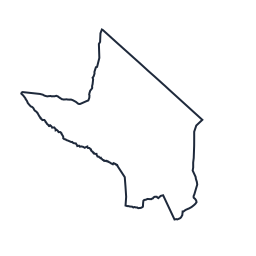 San Miguel Mixtepec, Oaxaca, Mexico (Robinson projection), rotated 224°
{"feature_id": "50627088B95758016663451", "entity_name": "San Miguel Mixtepec", "entity_type": "district", "adm_level": 2, "iso_a3": "MEX", "parent_name": "Mexico", "parent_adm1": "Oaxaca", "projection": "robinson", "projection_center": [-96.942, 16.759], "detail": "fine", "context": "isolated", "style": "outline", "palette": "slate", "viewbox_px": 256, "rotation_deg": 224, "n_neighbors": 0, "source": "geoboundaries", "source_scale": "gbopen_adm2", "svg_char_len": 3733}
<svg xmlns="http://www.w3.org/2000/svg" viewBox="0 0 256 256"><g transform="rotate(224 128 128)"><path d="M215.2,180.7L213.6,177.0L209.1,171.9L207.9,170.6L207.3,168.2L197.3,158.5L192.7,150.5L193.3,149.4L191.1,145.0L189.9,143.9L189.2,142.5L188.6,141.3L188.4,140.0L188.4,139.6L186.9,138.8L183.9,134.9L183.2,133.6L182.3,132.5L181.9,132.3L181.4,131.6L181.1,128.6L180.0,126.4L179.1,125.0L178.4,124.7L177.0,123.1L176.4,122.0L175.7,120.2L176.6,118.3L178.7,113.1L179.3,111.8L180.5,110.9L183.7,110.6L187.2,109.6L188.9,108.8L189.4,108.0L190.1,107.6L190.8,106.8L192.1,106.0L192.4,105.6L193.4,104.5L193.6,104.3L194.0,103.8L194.9,103.3L195.5,102.8L196.8,102.6L197.7,102.3L198.1,102.4L199.4,102.0L200.1,102.1L201.9,101.4L202.5,100.4L203.1,99.5L204.1,98.7L204.6,98.0L205.0,97.7L205.9,97.3L206.1,97.0L207.2,95.8L207.8,94.9L208.8,94.2L210.7,93.2L212.1,92.9L212.8,92.6L213.8,92.0L214.9,91.4L228.8,80.6L228.9,80.2L229.1,79.7L228.6,78.6L227.3,78.6L225.9,78.6L223.2,78.2L222.1,78.0L221.6,77.6L220.7,77.5L219.7,77.3L219.3,77.2L218.4,76.8L217.6,76.4L215.9,76.2L213.6,76.0L212.5,76.1L211.8,76.5L210.7,76.6L209.6,76.5L208.1,75.9L206.6,75.8L205.8,76.0L204.8,76.1L204.4,75.9L204.0,75.9L203.6,76.0L203.1,75.8L200.2,74.9L199.8,74.9L199.5,74.7L198.1,74.7L198.0,74.3L197.7,74.2L196.8,74.2L195.8,74.4L195.1,74.2L194.0,75.5L193.7,75.7L191.4,75.3L191.2,75.0L190.0,75.0L189.2,74.7L187.1,74.8L186.3,74.5L186.0,74.6L185.8,75.0L186.1,75.7L186.0,75.9L184.8,76.0L183.1,75.8L182.8,75.6L181.4,77.2L179.5,76.9L178.5,76.1L178.2,77.1L176.4,77.2L175.7,76.9L174.9,76.9L174.1,77.9L173.5,78.1L172.2,78.0L172.1,77.7L168.8,76.9L167.7,76.0L167.4,75.6L166.1,75.7L165.8,75.9L164.9,76.5L163.9,76.5L162.8,77.1L159.6,78.3L159.0,78.5L158.5,79.2L156.8,79.2L154.7,80.7L154.3,80.5L152.6,80.2L151.9,79.8L151.0,81.2L150.7,81.4L149.7,81.1L148.7,82.4L147.1,83.3L145.4,83.7L144.8,85.5L144.4,86.4L144.0,86.1L143.0,85.8L141.8,86.8L140.4,86.7L140.0,86.9L139.7,86.9L139.4,86.4L138.4,86.1L137.1,86.4L136.4,86.0L135.9,86.4L135.3,86.4L135.0,86.0L134.8,85.9L133.5,86.7L132.7,87.5L132.1,87.0L130.1,86.3L129.1,87.1L128.3,87.0L127.5,87.1L126.9,87.7L126.5,87.3L126.2,87.3L125.5,87.6L124.1,87.5L123.7,87.6L123.3,88.0L122.4,87.7L122.2,87.8L121.8,88.4L121.4,88.5L120.6,89.6L120.2,89.7L119.8,89.5L119.2,90.1L118.8,90.2L118.6,90.0L117.0,90.6L115.6,90.8L115.2,90.9L115.1,91.0L113.7,91.4L113.8,91.9L113.8,92.0L113.9,92.3L114.0,92.4L114.0,92.5L113.9,92.8L113.7,92.8L113.4,92.8L113.2,92.8L113.0,93.0L112.9,93.0L112.7,93.0L112.4,93.2L112.3,93.3L112.2,93.3L112.0,93.5L111.9,93.5L111.8,93.4L111.7,93.4L111.4,93.3L111.2,93.3L110.9,93.4L110.7,93.4L110.5,93.5L110.4,93.5L110.4,93.8L110.2,93.9L109.9,93.8L109.9,93.7L109.7,93.6L109.4,93.5L109.2,93.5L109.1,93.4L108.9,93.3L96.2,90.4L89.1,84.1L81.5,77.2L75.9,70.5L74.1,71.4L73.9,71.6L73.7,71.9L73.3,72.2L72.3,72.7L70.7,74.0L70.1,74.4L69.0,74.5L68.8,74.9L68.5,75.6L67.8,76.0L67.4,76.2L67.1,76.3L66.5,76.9L66.2,77.2L65.0,77.4L64.6,77.8L64.3,78.3L63.3,79.4L62.6,81.3L62.8,81.9L63.1,82.4L63.7,83.0L65.3,84.9L66.4,86.4L66.3,87.6L65.4,88.7L65.0,89.7L64.7,90.5L63.0,91.9L61.8,93.0L61.8,93.5L61.2,94.6L61.4,95.9L60.9,97.3L59.6,98.5L58.6,98.4L57.5,98.6L57.3,101.9L56.0,104.0L31.0,94.5L30.0,96.0L29.1,96.4L28.2,98.4L27.8,99.6L27.8,100.7L28.1,101.7L28.4,103.0L30.7,105.9L30.1,106.4L29.7,109.0L28.8,111.2L28.7,111.5L28.6,111.8L28.4,112.0L27.4,115.2L27.0,118.1L26.9,119.5L26.9,120.5L27.2,122.3L28.6,123.2L30.4,123.6L32.2,123.5L32.9,123.9L33.6,124.8L34.2,126.4L35.1,128.1L38.9,135.4L41.1,137.1L43.9,138.6L45.4,139.8L51.9,142.3L53.7,144.9L57.1,148.4L59.9,152.1L68.0,161.1L74.4,167.8L77.8,171.3L80.6,177.2L80.2,185.5L125.4,184.1L130.7,184.0L132.8,183.9L144.9,183.5L153.4,183.1L161.6,182.9L193.1,181.7L202.0,181.4L214.0,181.0L215.2,180.7Z" fill="none" stroke="#1e293b" stroke-width="2"/></g></svg>